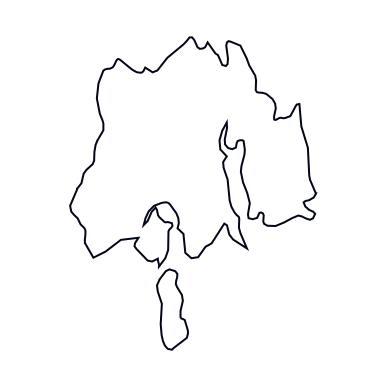 an SVG outline of Lääne, rotated 262°
{"feature_id": "EST-1661", "entity_name": "Lääne", "entity_type": "County", "adm_level": 1, "iso_a3": "EST", "parent_name": "Estonia", "parent_adm1": "", "projection": "equal_earth", "projection_center": [23.689, 58.901], "detail": "fine", "context": "isolated", "style": "outline", "palette": "ink", "viewbox_px": 384, "rotation_deg": 262, "n_neighbors": 0, "source": "natural_earth", "source_scale": "10m", "svg_char_len": 3068}
<svg xmlns="http://www.w3.org/2000/svg" viewBox="0 0 384 384"><g transform="rotate(262 192 192)"><path d="M173.3,314.6L172.8,314.3L169.7,311.9L167.6,307.0L167.3,303.1L166.2,301.1L161.9,302.2L158.0,305.5L155.7,309.2L153.3,310.9L149.1,308.2L148.1,304.9L149.9,301.2L152.5,297.4L153.9,294.0L152.2,287.5L149.0,279.0L146.7,270.0L148.1,262.0L150.6,258.9L153.0,258.5L159.0,259.8L161.1,259.1L162.1,257.5L162.0,255.9L157.3,252.9L156.6,248.3L158.2,244.4L162.0,244.3L172.9,247.7L183.6,246.5L194.3,243.9L205.2,243.2L210.8,244.6L221.9,249.2L226.6,250.2L235.4,250.2L236.2,249.1L236.6,246.7L236.1,244.3L234.4,243.2L229.9,241.6L228.8,237.9L230.5,233.9L234.5,231.4L239.3,231.7L250.5,235.6L256.0,236.1L248.3,230.4L239.2,226.4L230.1,226.0L222.5,231.4L217.3,227.0L211.5,226.7L199.3,229.0L178.4,228.1L171.8,229.0L166.0,231.2L163.1,232.9L161.0,234.8L159.2,235.1L150.1,233.5L144.6,234.2L128.5,238.5L139.2,226.1L144.7,223.0L154.1,222.0L156.2,219.6L138.4,204.3L135.9,197.8L126.6,189.0L126.5,182.2L132.7,176.9L151.7,177.7L158.0,172.6L162.9,174.6L168.0,174.8L173.0,173.6L182.2,168.8L184.5,167.1L185.4,164.9L185.5,160.7L183.6,152.5L179.0,146.5L172.7,142.4L166.0,139.6L169.5,144.1L178.0,149.3L181.6,153.8L179.2,154.8L173.9,155.1L171.8,156.0L166.0,160.7L165.6,161.8L165.6,163.9L164.0,167.7L161.2,168.0L159.5,166.5L158.0,164.4L156.2,163.2L137.8,160.3L130.2,156.4L122.7,148.9L124.6,149.2L128.7,148.8L130.7,148.9L128.7,142.8L130.3,138.5L143.3,129.1L146.3,127.5L149.3,128.5L154.1,132.6L154.5,114.9L145.0,98.1L140.7,85.2L156.3,78.9L159.5,79.2L165.5,80.7L168.9,81.1L171.4,80.3L175.4,77.2L181.9,75.1L185.4,72.2L189.4,69.7L195.3,69.4L210.4,78.5L211.3,78.6L211.4,78.9L216.0,83.7L225.1,87.2L228.5,90.4L233.4,97.5L236.5,99.4L245.5,101.0L251.8,103.0L255.8,105.2L265.4,112.8L272.2,113.8L275.1,113.4L282.5,111.6L297.9,110.8L312.6,114.5L324.5,121.1L325.4,122.8L325.8,125.3L325.5,127.8L326.6,131.1L329.5,133.4L332.7,135.4L333.9,136.8L333.9,137.8L333.0,139.1L321.8,149.5L320.1,151.5L318.2,154.2L317.3,157.5L317.3,159.1L318.4,160.7L321.7,163.0L316.0,169.7L317.2,174.7L328.3,186.2L339.4,204.2L342.5,208.1L345.4,211.0L345.1,213.6L342.4,215.3L334.7,217.6L332.7,219.6L332.6,222.9L333.7,225.3L338.0,228.3L325.9,234.5L323.9,236.8L313.5,239.7L312.1,243.2L313.7,245.0L319.0,246.2L332.3,246.3L335.3,247.5L336.3,249.2L335.5,251.2L330.2,260.3L316.9,264.7L309.4,266.3L298.4,270.8L293.6,271.0L284.1,269.3L281.9,270.1L281.1,272.2L280.5,275.4L278.8,279.2L272.8,284.7L268.0,286.6L263.1,286.6L255.5,283.8L252.3,283.5L251.7,284.8L252.3,286.7L252.9,288.1L253.2,289.3L253.1,290.7L252.3,292.7L252.3,294.7L253.5,300.0L263.0,306.9L264.0,307.9L264.2,310.6L241.8,309.4L219.7,312.9L192.0,310.4L187.6,310.6L173.5,314.4L173.3,314.5L173.3,314.6ZM110.0,147.8L117.3,155.1L118.5,159.0L115.9,164.4L112.9,166.1L109.5,165.4L106.1,163.9L103.1,163.2L100.1,163.9L91.4,167.7L85.5,167.8L75.8,164.1L69.8,163.2L68.1,163.9L67.4,165.5L66.2,167.0L55.7,168.6L52.6,168.4L48.3,166.6L40.1,152.2L38.6,150.2L40.0,146.2L43.6,143.8L48.4,142.5L54.7,142.0L65.5,142.6L85.5,146.6L98.0,144.3L104.4,144.3L110.0,147.8Z" fill="none" stroke="#020617" stroke-width="2"/></g></svg>